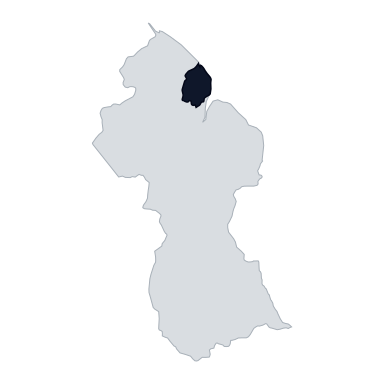 Pomeroon-Supenaam on a map of Guyana (Robinson projection)
{"feature_id": "GUY-680", "entity_name": "Pomeroon-Supenaam", "entity_type": "Region", "adm_level": 1, "iso_a3": "GUY", "parent_name": "Guyana", "parent_adm1": "", "projection": "robinson", "projection_center": [-58.872, 7.19], "detail": "fine", "context": "in_parent", "style": "filled", "palette": "ink", "viewbox_px": 384, "rotation_deg": 0, "n_neighbors": 0, "source": "natural_earth", "source_scale": "10m", "svg_char_len": 4801}
<svg xmlns="http://www.w3.org/2000/svg" viewBox="0 0 384 384"><path d="M118.7,177.0L110.1,166.1L101.5,155.3L93.0,144.6L92.4,143.1L96.0,138.0L99.2,134.3L101.8,132.3L103.1,130.4L102.1,122.6L102.2,119.7L101.0,116.7L100.1,113.2L101.1,110.3L102.4,108.3L104.1,107.6L108.0,106.9L110.8,106.6L111.8,105.4L113.5,104.1L115.6,104.0L119.8,104.9L121.7,103.2L125.1,100.9L132.9,96.8L134.6,94.2L135.8,90.1L135.7,88.1L134.9,87.4L133.0,86.7L130.0,86.6L127.7,87.7L125.2,87.1L123.2,84.6L123.1,82.5L124.3,79.5L123.6,77.6L119.7,71.4L119.8,69.6L122.6,66.9L124.2,64.5L126.4,58.8L128.1,56.9L133.5,56.2L134.8,55.0L137.6,52.0L141.7,48.6L147.6,45.8L149.3,40.9L150.3,39.5L155.0,36.9L155.8,35.5L155.7,34.2L148.2,23.0L149.7,23.8L155.5,31.1L158.7,32.7L159.4,32.7L159.4,30.8L162.4,31.6L170.1,36.6L181.3,44.9L197.0,60.5L201.5,66.4L204.5,69.2L209.2,76.0L210.5,79.3L210.4,92.5L206.3,101.5L205.3,108.2L205.0,117.2L202.6,122.3L205.8,119.5L206.8,111.4L209.5,106.5L213.1,101.1L217.8,99.8L222.9,102.1L227.0,102.5L230.6,104.1L238.3,112.8L245.8,119.6L248.5,125.0L256.5,127.8L261.2,132.1L262.7,135.8L263.7,145.6L262.1,160.3L262.6,161.0L260.4,163.9L260.0,165.8L258.6,169.1L257.6,170.8L259.1,174.9L260.9,175.1L261.6,175.6L262.1,176.4L262.0,177.3L261.3,178.1L259.6,179.0L257.9,181.4L258.1,184.0L257.1,185.3L253.8,186.1L247.3,186.1L244.2,186.2L241.7,186.7L240.0,188.4L237.9,189.5L236.2,189.8L234.8,191.8L233.3,194.5L233.8,196.4L235.3,198.9L236.2,201.5L235.0,205.7L233.7,208.9L233.0,211.4L232.0,216.2L229.5,221.4L227.7,224.3L227.7,227.6L228.6,232.2L233.7,238.8L235.4,242.0L236.7,247.2L241.3,251.2L244.2,254.4L243.9,258.8L244.3,260.1L246.1,261.2L248.2,262.0L250.6,261.9L252.8,261.6L253.3,261.0L258.2,260.9L258.8,262.0L259.1,268.2L259.3,270.7L260.4,271.7L261.1,273.2L261.2,274.6L261.4,278.1L262.1,279.9L262.0,283.6L262.5,285.0L263.9,285.9L265.6,288.6L266.3,288.9L266.6,289.8L268.1,293.6L268.8,294.7L269.4,294.9L269.6,296.2L270.7,299.8L271.4,300.6L272.8,303.2L273.3,306.0L275.2,309.2L277.0,311.5L277.9,313.8L280.3,318.9L282.6,322.5L285.7,323.5L288.3,324.0L290.0,325.4L291.6,326.9L289.8,327.6L288.3,328.5L286.1,327.8L283.2,328.2L280.1,329.2L277.2,329.7L271.8,328.1L270.2,327.8L269.0,327.1L266.8,324.0L265.7,323.6L262.9,325.1L259.4,326.1L257.7,325.9L255.7,327.0L253.8,328.4L250.2,334.6L248.4,336.8L246.4,337.8L242.5,337.8L238.3,338.0L235.1,339.5L232.1,340.3L230.7,340.4L230.2,343.8L229.5,345.4L228.6,346.3L226.3,346.6L224.2,346.4L222.9,345.0L220.6,344.3L218.5,343.8L217.2,343.0L216.1,343.2L215.2,344.6L214.5,345.8L213.9,348.1L210.8,348.8L209.4,350.0L210.2,354.2L209.8,355.9L209.2,357.1L205.4,357.4L202.2,357.3L200.3,358.8L198.0,360.6L196.6,361.0L194.9,360.8L192.7,358.8L190.6,356.2L185.3,354.4L180.0,352.9L176.5,348.8L175.7,346.8L174.0,346.0L169.9,341.1L167.6,338.0L165.1,337.2L162.3,335.9L162.4,333.6L162.2,331.5L161.0,330.6L159.3,330.0L158.7,328.8L158.8,326.0L159.2,318.6L158.7,311.6L154.9,309.2L153.2,307.5L150.4,297.2L149.0,292.5L148.9,289.0L149.9,278.7L151.0,274.2L153.9,265.2L155.6,262.2L155.7,259.9L155.6,257.0L154.7,251.2L159.7,247.6L161.8,246.1L162.2,243.6L164.8,240.5L166.0,237.6L167.0,235.3L166.7,234.1L165.6,233.4L164.2,231.2L161.3,224.9L160.3,223.6L159.4,221.8L159.8,219.0L161.0,216.0L160.8,214.7L159.1,213.1L155.6,210.4L152.6,210.2L150.3,209.2L147.0,209.0L144.3,208.7L142.8,207.7L143.1,206.1L143.7,204.8L146.0,201.6L147.5,198.2L147.7,194.9L148.2,190.5L148.8,186.7L149.2,182.5L145.6,179.6L144.5,177.3L143.0,175.3L141.4,175.3L139.0,174.4L135.2,177.1L132.2,176.6L130.2,177.6L125.4,177.4L122.4,176.1L118.7,177.0Z" fill="#d9dde1" stroke="#a8b0b8" stroke-width="1"/><path d="M198.3,63.7L198.3,63.8L199.3,66.1L200.0,67.2L200.1,66.9L199.7,65.8L199.8,65.3L200.4,65.3L201.4,65.7L202.2,66.5L203.0,67.4L203.7,68.3L204.3,69.4L205.2,71.0L206.2,72.4L206.9,73.4L210.0,77.0L210.8,78.4L211.1,79.9L210.7,81.4L210.9,81.1L210.7,83.0L210.9,88.9L210.2,93.8L209.7,94.5L208.8,95.3L208.1,95.6L205.3,97.3L204.6,97.9L204.2,98.5L203.9,100.7L203.8,101.1L203.6,101.6L203.3,101.8L202.9,101.9L202.4,101.9L201.7,102.1L201.3,102.4L201.0,102.8L199.8,104.9L199.4,105.2L199.1,105.5L197.9,106.2L196.1,107.4L195.5,105.7L195.5,105.4L195.3,105.0L194.9,105.0L194.6,105.1L194.1,105.2L193.9,105.3L193.6,105.3L193.0,105.3L192.3,105.0L191.9,104.8L191.6,104.4L191.4,103.8L191.2,102.0L191.2,101.7L190.8,101.0L189.7,100.6L189.2,100.6L189.0,100.9L188.2,101.8L187.8,102.0L187.6,102.0L187.3,102.0L186.8,102.0L186.3,101.9L184.8,101.3L184.6,101.2L184.1,100.8L183.9,100.7L182.9,100.5L182.6,100.4L182.4,100.2L182.2,99.6L182.3,98.9L183.1,96.0L183.1,95.0L183.1,94.5L182.3,91.1L182.2,90.5L182.2,89.8L182.3,89.2L184.6,81.4L184.8,81.0L185.1,80.6L186.2,79.7L186.4,79.3L186.5,78.9L186.5,78.5L186.4,78.2L186.2,77.8L185.4,76.5L185.3,76.2L185.2,75.8L185.2,75.5L185.5,74.9L185.9,74.2L188.3,71.4L188.9,71.0L193.9,68.7L194.7,68.1L196.3,66.5L198.3,63.7Z" fill="#0f172a" stroke="#020617" stroke-width="1.5"/></svg>